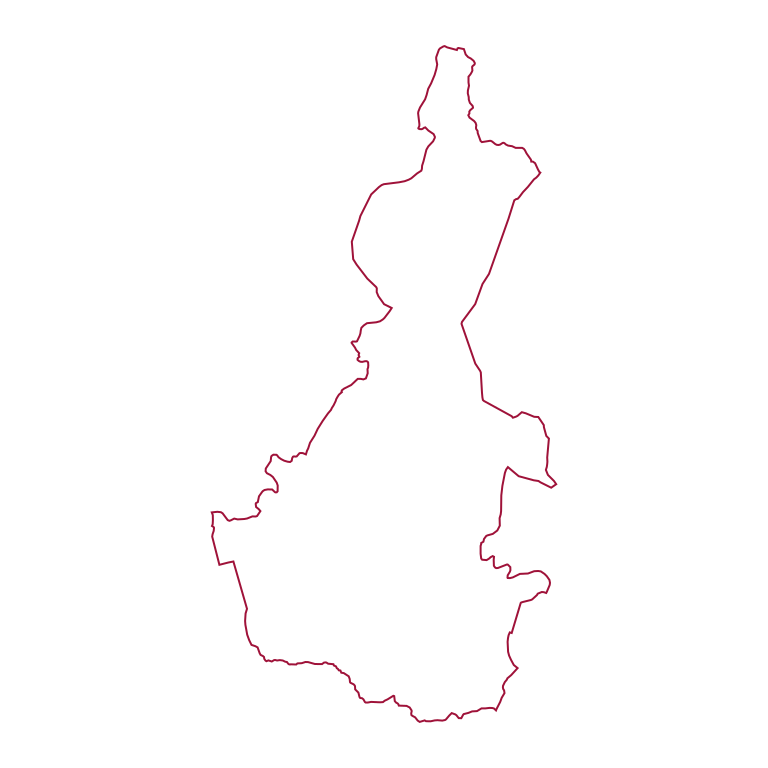 the district of Lomas de Sargentillo, Guayas, Ecuador
{"feature_id": "8360857B38256129042157", "entity_name": "Lomas de Sargentillo", "entity_type": "district", "adm_level": 2, "iso_a3": "ECU", "parent_name": "Ecuador", "parent_adm1": "Guayas", "projection": "mercator", "projection_center": [-80.083, -1.835], "detail": "fine", "context": "isolated", "style": "outline", "palette": "rose", "viewbox_px": 768, "rotation_deg": 0, "n_neighbors": 0, "source": "geoboundaries", "source_scale": "gbopen_adm2", "svg_char_len": 6090}
<svg xmlns="http://www.w3.org/2000/svg" viewBox="0 0 768 768"><path d="M540.3,172.6L539.4,172.0L537.9,169.3L535.1,163.2L533.0,161.7L532.0,161.5L531.3,161.6L530.9,159.6L526.6,153.5L524.9,150.2L523.8,148.8L522.2,147.9L515.7,147.9L512.1,146.2L508.1,145.6L505.9,144.5L504.5,143.2L503.5,142.8L502.7,142.9L499.9,144.7L498.3,145.0L496.7,144.8L495.3,144.1L492.1,141.5L490.9,140.9L490.0,140.8L481.9,142.1L480.6,141.0L477.7,133.0L477.6,131.0L476.1,128.8L476.0,127.3L476.3,125.1L475.6,122.9L474.2,121.1L469.5,117.6L468.3,115.2L469.4,113.5L469.3,111.6L470.2,110.2L472.9,107.9L473.0,107.4L472.6,105.9L469.9,102.9L468.8,99.6L468.7,97.0L467.8,93.4L467.9,90.5L469.0,85.7L468.5,82.5L468.5,76.7L470.4,74.4L471.8,72.0L472.4,70.6L472.1,67.0L472.5,66.2L474.5,64.5L474.8,63.6L474.7,62.8L473.6,60.8L470.8,58.5L468.1,57.1L465.7,54.5L463.9,49.1L458.5,48.0L457.6,48.3L456.9,50.0L447.2,47.4L444.7,46.1L443.4,46.4L440.0,48.4L438.9,49.7L436.2,57.2L436.2,59.1L437.2,64.4L436.3,69.1L434.6,75.0L431.1,83.4L428.2,88.8L426.6,95.0L425.1,99.3L420.0,107.5L418.4,111.5L418.1,113.2L419.4,124.3L419.3,126.2L418.3,128.2L418.6,128.7L419.7,129.1L421.5,129.2L422.5,128.9L424.0,127.8L425.3,127.4L428.3,130.5L433.6,134.1L434.9,136.9L434.8,137.8L433.1,141.3L428.3,146.4L426.4,149.7L423.5,161.3L422.1,165.7L421.9,168.9L421.3,170.7L417.1,173.4L411.3,178.3L408.7,179.7L404.7,181.2L399.0,182.3L383.8,184.2L381.6,185.1L378.9,187.1L371.2,194.4L360.4,216.0L359.1,220.7L351.8,241.7L353.2,259.2L356.6,264.6L367.3,278.6L376.2,287.1L376.8,288.3L376.7,292.1L378.4,296.2L384.1,304.2L391.7,308.0L389.7,311.1L384.4,318.0L382.9,319.4L380.0,321.3L376.2,322.3L367.0,323.2L363.8,325.4L361.4,327.8L360.8,330.3L360.4,333.4L359.6,335.9L357.0,341.3L356.0,341.6L352.7,341.5L351.6,342.5L351.6,342.9L355.0,347.6L356.2,350.0L359.2,353.2L358.6,355.0L359.4,356.8L357.8,358.1L357.5,359.0L357.6,359.9L358.9,361.0L360.3,361.7L362.2,361.9L365.1,361.2L366.6,361.2L367.3,361.5L368.1,362.3L368.3,365.4L368.1,367.6L367.5,369.1L367.7,373.3L365.9,378.4L363.4,379.4L360.9,378.9L357.7,378.9L351.2,385.0L344.1,388.6L341.9,390.3L341.5,391.3L341.9,392.1L339.0,394.6L337.8,396.4L336.3,399.0L335.6,401.2L333.6,405.3L331.8,408.1L331.0,409.9L328.0,413.4L322.7,420.9L317.7,428.9L314.5,435.7L310.0,442.8L308.2,448.4L307.0,450.8L305.9,454.4L302.8,453.1L300.8,453.0L299.5,453.2L296.7,456.4L295.7,456.6L293.9,456.4L293.0,456.7L292.2,458.1L291.7,460.8L290.1,462.0L287.6,461.7L284.2,460.7L281.1,459.1L278.6,457.3L277.2,455.4L276.5,454.8L273.4,454.7L271.6,455.9L271.1,457.0L270.7,461.1L265.8,468.5L265.6,471.3L266.9,473.2L270.4,475.0L272.9,477.0L276.7,482.6L277.7,485.5L277.6,491.3L276.7,492.3L275.7,492.4L275.0,492.2L272.2,489.5L267.7,489.4L264.5,490.0L262.7,491.2L261.9,492.2L259.0,496.3L257.8,502.1L256.0,503.1L255.7,503.9L256.1,507.0L258.7,509.1L260.4,511.1L257.1,516.0L255.8,516.5L252.4,516.4L247.1,518.5L244.3,519.0L237.7,519.4L234.2,518.6L230.7,520.4L229.4,520.8L227.7,520.1L222.6,513.3L220.9,512.2L217.3,511.8L211.8,512.4L212.8,515.1L212.9,520.3L212.7,524.2L212.0,526.0L213.3,526.8L213.9,527.4L214.0,528.0L213.7,530.9L212.6,534.2L212.2,536.6L219.4,564.8L228.4,562.5L233.4,561.5L247.0,608.8L245.6,613.4L245.1,621.0L245.4,624.8L247.2,634.7L249.2,640.2L251.5,644.9L255.4,646.2L257.6,647.4L259.7,653.3L260.6,654.9L263.0,656.1L264.0,657.0L264.3,658.9L265.5,660.6L266.4,661.2L268.4,660.4L271.8,661.5L274.1,660.1L275.2,660.0L277.1,660.5L279.8,660.1L282.8,660.5L285.2,661.7L286.9,662.0L288.1,663.6L288.8,664.2L290.0,664.5L290.6,664.3L296.2,664.5L297.4,663.4L301.7,663.2L305.4,662.0L308.1,662.1L314.9,664.0L322.0,664.1L324.0,662.6L325.7,662.4L326.5,662.6L328.1,663.7L333.4,664.2L333.9,665.5L336.0,666.4L336.8,668.2L338.0,669.0L338.8,670.3L340.4,670.5L341.3,672.7L343.8,673.1L348.7,676.3L349.7,679.0L350.0,682.1L350.5,682.8L353.6,684.3L354.4,685.1L355.0,686.1L355.2,689.4L358.4,692.6L359.5,697.0L360.2,698.0L362.0,698.2L363.4,699.3L364.9,702.0L365.6,702.5L368.0,702.5L371.1,701.9L379.9,702.3L383.0,702.1L384.7,700.7L387.5,699.4L393.3,695.8L394.2,696.1L394.8,701.1L396.1,702.6L397.6,703.4L398.4,704.3L398.8,705.6L406.6,705.9L409.7,707.5L411.5,710.3L411.7,711.1L411.2,713.4L411.4,715.0L412.3,715.8L415.1,717.3L417.7,720.6L419.7,721.9L424.7,720.4L426.0,721.2L430.6,721.3L434.7,720.4L437.5,720.2L442.3,720.6L445.1,720.0L446.0,719.4L449.2,715.6L451.7,713.1L455.3,714.4L456.4,715.2L458.7,718.1L461.3,718.2L463.1,714.8L463.7,714.1L468.4,712.9L472.1,711.4L477.0,711.1L481.5,708.4L485.3,708.4L489.5,707.9L492.2,708.0L493.9,708.4L496.0,710.4L496.6,708.9L500.2,701.9L501.7,697.8L504.5,693.1L504.1,690.4L503.2,689.0L502.9,687.5L503.0,685.9L504.8,682.1L506.8,679.7L507.4,678.3L511.2,675.1L517.6,668.1L513.8,665.0L511.0,659.8L509.1,655.6L508.1,651.8L507.6,641.8L508.0,638.1L508.6,635.2L509.8,632.4L511.7,633.0L520.7,603.0L521.2,602.5L523.2,601.9L530.9,600.0L532.2,599.4L537.0,595.0L537.7,593.7L541.8,592.0L543.9,592.2L546.2,593.0L546.8,591.9L549.7,585.0L550.0,582.8L549.4,579.9L546.8,576.2L544.5,573.9L540.8,571.4L538.2,571.0L534.2,571.2L528.0,573.5L519.9,573.9L512.8,577.4L509.9,578.1L507.7,578.0L507.5,577.7L507.7,575.3L509.9,571.7L510.4,570.2L510.3,567.1L508.0,564.8L507.6,564.5L506.9,564.5L497.9,568.0L496.1,568.1L495.0,567.4L493.9,565.8L493.7,559.8L494.0,556.8L492.6,556.1L490.6,557.2L489.1,558.6L486.6,560.1L482.1,559.7L481.2,558.5L480.6,553.7L480.6,550.5L480.6,545.9L481.1,544.4L481.2,543.0L483.4,541.7L484.0,539.0L486.2,536.0L487.4,535.4L492.8,533.9L497.3,530.5L499.8,525.7L499.6,518.1L500.7,514.4L501.1,511.1L501.3,495.4L502.4,485.8L504.9,473.0L506.1,469.6L507.9,467.1L518.7,476.2L533.8,480.3L538.5,481.0L540.4,482.3L551.2,487.7L556.2,484.2L554.0,481.0L547.9,474.9L545.9,469.9L546.8,466.9L547.2,464.1L547.4,461.7L547.2,457.5L548.9,438.6L546.3,435.9L543.9,427.1L543.8,425.1L538.3,417.0L534.2,416.8L525.8,413.3L521.8,412.2L517.5,415.9L515.9,416.7L512.9,417.7L511.7,416.2L484.0,401.0L482.9,400.0L482.4,397.3L482.0,392.9L480.8,372.4L480.1,370.8L475.3,363.6L461.5,323.8L462.0,321.9L475.2,304.1L482.5,284.0L489.0,273.9L508.5,218.7L514.3,200.3L516.1,199.1L517.7,198.8L519.4,196.9L523.0,192.1L527.9,186.9L534.0,179.3L536.3,177.6L538.3,175.5L540.3,172.6Z" fill="none" stroke="#9f1239" stroke-width="2"/></svg>